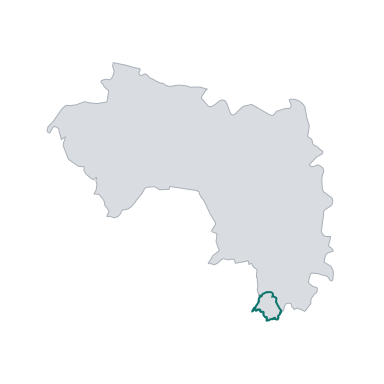 Yomou, Yomou, Guinea (highlighted), rotated 9°
{"feature_id": "49546643B93814621089544", "entity_name": "Yomou", "entity_type": "district", "adm_level": 2, "iso_a3": "GIN", "parent_name": "Guinea", "parent_adm1": "Yomou", "projection": "mercator", "projection_center": [-9.137, 7.537], "detail": "fine", "context": "in_parent", "style": "outline", "palette": "teal", "viewbox_px": 384, "rotation_deg": 9, "n_neighbors": 0, "source": "geoboundaries", "source_scale": "gbopen_adm2", "svg_char_len": 7050}
<svg xmlns="http://www.w3.org/2000/svg" viewBox="0 0 384 384"><g transform="rotate(9 192 192)"><path d="M236.9,253.3L233.7,252.9L232.3,253.5L228.1,258.5L225.5,260.4L221.6,259.8L220.2,260.2L219.1,259.6L220.6,256.9L222.6,251.5L227.8,246.0L227.9,244.8L225.8,241.6L223.5,237.3L223.5,232.6L223.1,229.2L218.5,228.3L217.7,227.7L217.6,226.6L220.1,220.8L220.3,219.6L220.0,218.5L217.2,215.5L212.8,210.0L205.2,198.7L202.4,196.3L199.7,192.8L198.7,190.6L195.8,189.8L169.4,190.0L168.9,192.9L159.8,194.9L154.2,192.6L148.0,194.0L144.9,195.5L142.6,202.1L141.3,203.5L139.9,206.5L138.7,208.1L137.3,211.4L134.4,216.0L131.3,219.0L126.0,220.7L124.3,225.6L123.1,227.4L121.1,228.8L118.9,229.7L114.5,228.8L112.1,229.7L111.7,228.4L113.1,224.6L112.0,222.6L107.8,218.5L107.4,216.6L106.2,214.1L100.7,208.9L95.6,209.2L97.0,204.9L96.9,199.1L95.2,196.0L95.7,192.7L94.7,192.9L93.0,195.2L90.3,194.4L84.7,191.0L81.9,187.7L81.6,184.8L80.9,183.7L79.2,184.3L75.7,184.3L65.1,179.2L57.5,166.5L57.4,163.7L58.4,158.7L58.2,157.4L54.7,160.7L54.0,158.5L51.4,153.3L50.6,150.4L48.1,149.1L46.0,148.9L44.5,149.9L42.4,155.8L40.8,155.8L39.2,154.5L39.6,150.1L43.6,144.5L50.5,130.4L52.9,127.2L54.5,126.0L57.7,125.9L64.0,124.0L71.8,119.6L77.7,120.0L84.7,119.4L93.9,116.4L94.0,106.9L93.7,104.8L90.4,102.9L88.5,101.3L86.9,99.2L84.9,97.7L85.0,96.1L89.0,94.1L92.8,94.1L94.0,93.3L94.9,91.9L96.0,88.5L96.3,84.9L93.9,80.1L94.0,76.6L107.4,77.1L114.8,78.1L120.8,78.3L121.8,79.1L120.9,82.5L121.7,84.4L123.8,84.9L127.1,82.6L128.9,83.1L132.7,86.0L136.2,86.8L140.0,88.4L143.6,89.3L146.8,89.2L149.2,90.8L153.6,91.3L159.4,89.2L164.0,88.3L170.3,88.1L173.7,88.8L183.4,87.1L191.0,88.1L189.8,89.2L186.4,96.8L186.8,98.1L194.5,104.6L196.4,105.0L198.5,104.2L201.8,101.2L204.5,98.0L207.0,96.4L210.0,96.5L212.3,98.8L217.8,108.3L219.2,109.5L220.6,109.5L223.0,107.7L224.2,105.6L229.3,99.3L237.3,96.2L256.1,103.4L258.8,103.9L260.5,103.4L262.8,99.1L269.9,95.5L273.3,94.5L275.3,94.4L276.0,93.2L276.4,91.5L276.0,89.7L273.8,86.5L273.7,85.5L275.0,84.9L277.7,84.4L281.2,84.7L285.1,86.1L288.3,88.1L290.2,90.5L293.7,100.6L297.6,108.5L297.5,119.1L299.2,120.1L301.2,120.6L302.1,121.4L304.0,125.8L305.8,127.0L308.0,127.3L312.1,130.1L314.7,131.2L315.0,132.0L315.0,133.2L313.9,134.6L310.0,137.6L308.1,140.0L304.0,146.0L303.9,147.1L304.8,147.9L306.4,148.1L308.2,147.7L311.9,145.5L314.8,146.3L317.6,147.9L318.6,149.6L318.9,151.9L318.2,154.8L318.1,158.1L319.1,163.7L320.5,169.2L322.0,171.2L331.3,176.1L332.2,178.0L332.6,180.0L332.0,182.9L331.0,184.4L325.9,188.8L325.1,190.8L325.5,194.7L325.9,210.9L327.9,213.6L330.3,215.0L335.9,214.3L335.7,218.8L335.0,223.8L338.2,225.4L339.9,226.9L340.8,228.3L335.6,231.0L334.1,232.6L333.4,236.8L333.6,240.7L340.5,243.5L343.2,246.7L344.4,250.1L344.8,256.5L344.2,257.9L342.4,257.9L338.9,254.1L333.5,253.6L329.5,252.9L322.9,253.4L321.7,254.6L321.0,263.0L322.6,264.5L325.7,266.1L327.8,266.7L329.6,266.5L330.9,267.6L331.2,270.4L330.3,272.4L328.5,274.3L326.3,279.2L326.8,283.7L323.0,290.8L322.0,292.2L317.0,290.8L313.7,290.3L311.4,292.1L308.2,289.3L307.6,287.2L306.4,286.7L304.2,286.7L302.2,287.9L301.3,290.2L300.9,294.8L297.2,299.1L294.7,304.5L291.7,304.0L291.1,304.7L287.9,306.1L285.2,306.5L284.5,305.0L282.9,303.8L281.2,301.5L279.2,299.7L275.4,298.4L273.9,299.0L272.1,298.8L270.9,298.1L271.0,297.0L273.0,294.2L274.2,291.6L274.8,288.7L274.8,286.1L273.7,282.3L272.0,279.2L271.6,277.5L271.8,275.0L271.4,272.7L270.8,271.5L270.0,267.1L269.0,266.3L268.5,262.8L268.6,259.2L267.1,257.8L264.8,256.8L263.4,255.4L262.6,253.8L261.8,253.4L261.0,253.5L260.4,254.4L259.6,254.6L258.3,251.3L257.7,251.1L256.7,251.9L246.0,255.6L244.6,252.5L242.5,251.9L239.0,253.2L236.9,253.3Z" fill="#d9dde1" stroke="#a8b0b8" stroke-width="1"/><path d="M275.6,283.8L275.6,284.0L275.8,284.2L275.7,284.4L275.6,284.7L275.5,285.4L275.1,285.9L275.1,286.0L274.8,286.5L274.7,287.0L274.8,287.3L274.8,287.7L274.7,288.5L274.8,288.8L275.0,289.0L275.3,289.2L275.3,289.3L275.3,289.9L274.5,291.1L274.5,291.5L274.4,291.8L274.0,292.7L273.5,293.4L273.5,293.6L273.5,293.8L273.3,294.2L273.1,294.8L272.7,295.8L272.3,296.2L272.1,296.5L271.7,296.7L271.4,297.0L271.2,297.3L271.0,298.0L270.7,298.8L270.6,299.4L270.3,299.6L270.3,299.8L270.3,300.1L270.3,300.3L270.7,300.1L270.9,299.8L271.2,299.1L271.4,298.9L271.6,298.8L272.9,298.0L273.1,297.8L273.3,297.9L273.3,298.0L273.5,298.4L273.7,299.2L273.8,299.2L274.0,299.1L274.3,299.1L274.7,298.5L275.0,298.3L275.2,298.2L275.2,297.9L275.5,297.7L275.8,297.6L276.1,297.7L276.3,297.7L276.4,297.8L276.6,297.7L276.8,297.5L277.2,297.5L277.3,297.5L277.5,297.7L277.7,297.8L277.9,297.8L278.0,298.0L278.1,298.3L278.1,298.5L278.1,299.1L278.1,299.3L278.4,299.4L278.7,299.6L278.9,299.6L279.0,299.6L279.4,299.5L280.4,299.3L280.7,299.2L281.1,299.3L281.3,299.4L281.5,299.5L281.7,300.4L281.6,300.6L281.6,300.8L281.8,301.2L281.8,301.3L281.8,302.0L282.0,302.5L282.2,302.8L282.4,302.9L282.6,303.0L283.4,303.9L283.7,304.1L284.4,304.0L284.6,304.0L285.1,303.9L285.2,304.0L285.3,304.0L285.4,304.7L285.4,304.8L285.5,304.9L285.8,305.0L285.8,305.3L286.2,306.0L286.1,306.3L286.0,306.5L285.8,306.8L285.7,307.1L285.8,307.3L286.3,307.1L286.5,307.0L287.3,307.1L287.9,306.7L288.2,306.5L288.4,306.4L288.6,306.2L288.8,305.8L288.9,305.7L289.4,305.3L289.8,305.3L290.0,305.3L290.4,305.0L291.1,305.1L291.6,305.0L291.8,304.9L291.9,304.7L292.1,304.2L292.3,304.2L292.4,304.4L292.4,304.5L292.6,304.5L292.7,304.4L292.7,304.2L292.9,304.1L292.7,303.7L293.1,303.6L293.4,303.5L293.5,303.4L293.8,303.7L294.0,304.1L294.0,304.3L294.0,304.5L295.8,304.7L296.4,304.5L296.9,303.8L297.0,303.6L297.0,303.4L296.9,303.3L296.9,303.2L296.8,302.9L297.0,302.6L297.0,302.4L296.8,302.2L296.9,301.9L296.7,301.6L296.5,301.2L296.9,300.2L297.1,300.1L297.8,299.3L297.9,298.7L298.0,298.7L298.1,298.4L297.9,298.5L297.9,298.4L297.9,298.2L297.9,297.8L298.0,297.4L297.9,297.1L298.1,296.8L298.2,296.6L298.3,296.3L298.5,296.0L298.6,295.5L298.6,295.2L298.3,294.8L298.0,294.5L297.8,294.3L297.4,294.1L297.2,293.8L296.8,293.5L296.6,293.2L296.3,292.8L295.9,292.4L295.7,292.1L295.5,291.9L295.4,291.7L295.2,291.4L295.1,291.2L294.9,291.1L294.7,290.8L294.6,290.6L294.4,290.3L294.2,290.1L293.9,289.8L293.6,289.4L293.3,289.0L293.0,288.5L292.8,288.1L292.6,288.0L292.5,287.8L292.2,287.6L292.1,287.3L292.1,286.8L292.1,286.4L292.1,285.9L292.1,285.5L292.1,285.4L292.1,285.2L292.1,284.9L292.0,284.6L292.0,284.4L291.9,284.2L291.9,283.9L291.9,283.6L291.7,283.4L291.4,283.3L291.1,283.1L290.8,283.0L290.5,282.9L290.2,282.8L289.9,282.8L289.5,282.6L288.9,282.6L288.3,282.6L287.9,282.6L287.7,282.7L287.7,282.2L287.8,281.9L288.0,281.6L288.0,281.3L288.1,280.9L288.1,280.6L287.9,280.2L287.7,279.9L287.5,279.6L287.3,279.4L287.0,279.1L286.7,278.9L286.4,278.8L286.2,278.8L285.8,278.7L285.6,278.6L285.2,278.6L284.9,278.6L284.6,278.7L284.3,278.7L283.9,278.8L283.6,278.8L283.4,278.9L283.2,278.9L283.1,279.0L282.9,279.1L282.6,279.2L282.4,279.2L282.1,279.2L281.8,279.2L281.6,279.2L281.4,279.1L281.0,279.5L280.6,279.9L279.8,280.2L279.4,280.6L278.9,280.9L278.3,281.3L277.5,282.0L277.4,282.1L277.4,282.6L277.4,282.9L277.2,283.5L276.9,284.2L276.6,284.4L276.2,284.3L275.9,283.9L275.6,283.8Z" fill="none" stroke="#0f766e" stroke-width="2"/></g></svg>